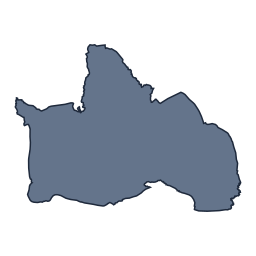 Bang Krathum, Phitsanulok, Thailand (orthographic projection)
{"feature_id": "78962969B64278922015209", "entity_name": "Bang Krathum", "entity_type": "district", "adm_level": 2, "iso_a3": "THA", "parent_name": "Thailand", "parent_adm1": "Phitsanulok", "projection": "orthographic", "projection_center": [100.362, 16.614], "detail": "fine", "context": "isolated", "style": "filled", "palette": "slate", "viewbox_px": 256, "rotation_deg": 0, "n_neighbors": 0, "source": "geoboundaries", "source_scale": "gbopen_adm2", "svg_char_len": 5775}
<svg xmlns="http://www.w3.org/2000/svg" viewBox="0 0 256 256"><path d="M240.6,182.3L239.3,179.2L238.1,174.6L237.1,173.8L237.2,172.4L237.6,170.9L236.9,170.6L237.6,163.2L236.4,159.5L235.7,152.8L233.8,147.0L232.5,141.9L231.7,140.7L231.2,138.9L229.9,136.5L229.2,135.8L228.5,134.2L227.6,133.0L222.4,129.7L218.0,127.5L216.9,125.7L215.5,124.5L212.2,123.6L209.0,124.3L207.4,124.4L206.4,124.0L205.5,123.2L205.5,122.8L203.6,123.4L203.2,121.6L201.4,116.4L199.1,111.3L197.5,108.6L194.6,104.2L193.0,102.6L189.4,99.5L185.1,94.6L183.2,93.3L180.9,92.3L167.9,98.6L160.3,103.4L158.8,102.5L157.9,101.2L155.9,99.2L155.2,99.4L154.9,100.0L154.1,100.7L153.3,101.1L152.5,102.1L151.3,102.3L151.0,100.9L150.5,100.1L150.5,97.4L150.9,95.9L150.2,94.5L151.8,93.2L152.6,90.2L153.6,88.4L152.6,88.3L151.8,88.5L151.6,88.4L151.1,88.5L151.1,88.0L151.3,87.7L151.4,87.3L150.8,86.2L150.2,85.7L149.8,85.4L149.3,85.3L148.5,85.0L147.2,84.9L146.7,84.5L146.1,84.6L145.5,85.3L144.5,85.0L143.5,85.4L143.5,86.1L143.1,86.6L141.6,87.2L141.4,86.1L141.0,85.7L141.3,85.1L141.3,84.4L140.7,84.2L140.3,84.5L139.3,84.2L139.1,83.6L139.2,82.6L139.0,81.9L138.4,81.3L137.7,81.3L137.6,80.7L136.7,80.1L136.2,79.1L136.3,78.5L135.7,78.4L135.5,77.9L134.0,77.7L132.8,76.8L132.4,76.3L132.2,74.9L131.3,74.3L131.7,73.4L131.0,72.4L131.3,71.1L131.1,70.7L130.4,69.6L129.9,69.6L129.4,69.8L128.9,69.5L128.2,69.5L128.0,69.0L128.2,68.5L127.7,67.2L126.8,67.1L126.5,66.4L125.7,65.6L124.7,64.1L122.9,62.6L122.4,61.2L122.8,60.2L122.8,59.5L117.4,52.9L116.3,51.7L111.7,48.9L111.2,48.8L110.6,49.1L110.0,49.1L106.8,47.9L106.5,48.0L105.9,48.4L105.6,48.4L105.1,46.5L105.1,45.0L101.3,45.4L96.6,46.1L94.8,44.8L92.3,45.2L90.0,44.8L88.3,46.8L88.0,47.5L87.7,48.7L87.7,49.6L88.6,51.9L88.7,52.4L85.9,54.1L87.3,56.4L87.3,57.7L86.5,58.5L86.8,61.8L87.3,62.9L87.4,63.9L87.2,66.7L87.5,67.6L88.6,69.3L88.6,69.9L89.4,72.4L89.4,73.7L89.1,74.5L88.2,74.7L88.2,75.6L87.9,76.2L87.5,76.3L87.0,76.9L85.9,77.8L85.4,80.7L85.0,81.2L84.8,82.3L84.7,83.4L85.0,83.7L85.0,84.4L84.3,85.6L83.8,86.0L84.1,86.3L84.1,86.8L83.5,87.4L83.7,88.3L84.0,88.6L84.0,89.2L84.5,89.4L84.5,89.6L84.4,90.3L83.7,90.9L83.6,91.6L84.0,91.9L84.1,92.3L83.9,93.9L83.3,94.9L83.7,95.8L82.2,96.8L82.2,98.3L81.3,101.2L81.6,102.2L82.8,102.4L83.3,102.7L83.2,104.3L83.9,105.1L83.8,105.4L82.7,106.3L82.7,107.1L83.4,107.6L84.6,107.4L85.0,108.0L84.9,108.7L84.5,109.6L83.3,111.2L82.0,111.3L80.9,112.6L80.6,112.7L80.4,112.6L80.2,112.1L80.4,110.5L79.6,108.6L79.5,107.1L79.3,106.8L78.1,107.6L77.6,108.6L78.0,109.4L78.9,110.5L79.4,110.8L79.4,111.4L79.1,111.7L78.0,111.7L75.8,110.5L74.4,110.3L73.6,109.1L73.4,108.4L72.9,107.4L72.7,106.7L72.7,105.9L73.5,103.6L73.0,103.0L72.2,102.9L70.7,102.9L65.1,104.3L51.1,106.2L48.9,106.9L46.7,108.8L41.8,110.9L41.2,110.9L39.6,110.0L38.9,109.2L37.9,109.4L37.4,109.1L37.1,109.2L36.3,108.9L35.8,107.8L33.0,105.7L28.4,105.2L28.2,105.0L25.3,103.4L24.6,102.6L23.8,102.7L23.3,101.4L21.8,100.6L21.8,99.8L17.9,99.9L17.5,98.2L16.5,97.9L16.5,98.8L16.2,99.9L16.3,100.7L15.8,100.9L16.4,103.5L15.8,103.7L16.1,105.6L15.4,106.3L15.4,107.2L16.7,109.2L17.3,110.6L17.5,112.1L16.9,112.6L17.3,114.0L18.5,114.4L23.3,117.3L24.0,117.4L24.3,120.4L24.8,121.9L23.9,123.9L24.2,125.3L24.6,125.6L26.6,124.6L28.2,124.4L29.0,125.5L30.2,129.2L30.1,129.6L30.0,136.7L30.4,142.4L30.3,145.5L30.1,149.2L28.7,158.6L28.6,160.4L28.7,168.1L29.6,176.6L30.3,178.9L30.5,179.1L31.2,179.2L31.5,180.0L31.4,182.0L31.6,182.7L32.0,182.8L30.4,184.3L29.9,185.0L30.0,185.2L29.5,186.0L29.1,189.6L28.6,191.4L27.6,194.4L28.2,196.2L30.1,200.0L31.0,201.0L31.9,201.6L33.8,202.2L37.3,202.5L38.9,202.3L40.0,201.9L42.6,202.1L43.3,201.4L44.6,201.3L46.0,200.7L47.4,201.2L48.7,201.1L49.4,200.8L50.2,200.1L51.5,197.7L53.2,195.7L54.9,194.8L56.9,194.7L58.0,194.8L61.0,195.6L65.9,198.2L68.0,198.8L70.8,199.5L76.8,200.3L79.3,201.5L81.1,202.1L81.4,201.9L84.4,202.9L93.2,204.3L97.9,205.3L103.1,206.0L104.3,205.8L107.0,204.4L107.5,203.6L108.0,203.6L109.7,202.5L110.2,202.6L112.8,204.0L113.7,204.8L115.1,203.9L115.1,203.2L115.7,202.8L116.8,202.8L117.9,201.7L119.1,201.0L120.7,201.1L122.1,200.9L122.5,200.4L122.4,199.6L124.7,198.7L125.6,198.4L129.4,198.1L133.5,196.7L136.6,195.9L141.3,192.9L143.3,190.9L145.7,189.2L150.3,187.3L149.5,186.9L148.3,186.9L147.1,186.1L146.1,186.5L145.7,186.4L145.4,185.8L144.3,185.0L144.3,184.3L144.6,183.7L145.9,182.9L146.7,182.0L148.5,181.6L149.6,182.1L150.9,182.4L151.9,181.9L152.8,182.2L155.0,182.1L157.2,181.3L158.0,180.5L159.8,180.5L160.3,180.1L160.7,180.2L162.7,182.0L163.0,182.0L163.3,181.7L163.7,182.0L163.7,182.3L164.2,183.1L164.8,183.1L165.0,183.5L165.4,183.5L166.1,183.9L166.0,184.7L166.9,184.8L167.7,185.3L169.7,185.6L175.4,188.4L177.2,190.1L177.2,190.7L179.1,190.9L178.9,191.5L179.2,191.7L180.4,192.0L181.9,192.7L184.8,193.4L189.2,194.9L191.0,196.0L192.0,197.0L193.6,199.4L194.9,202.7L194.3,206.1L195.0,206.5L194.4,209.4L194.8,209.7L198.8,210.9L207.3,211.2L219.4,210.6L225.5,209.7L227.9,209.8L228.7,209.2L230.3,209.0L230.9,208.6L231.3,208.0L231.2,207.5L231.4,207.1L231.2,206.7L231.0,205.7L231.3,205.2L231.6,205.0L232.4,205.2L233.1,205.0L233.5,204.4L233.1,204.2L233.5,203.3L232.8,203.0L232.9,202.4L232.7,201.7L232.2,201.1L232.1,200.4L231.3,200.4L230.9,200.1L230.9,199.8L231.4,199.5L231.5,199.2L231.2,198.9L230.9,199.1L230.8,198.7L231.8,198.2L233.0,198.6L233.3,198.0L234.1,197.9L234.4,197.2L234.8,197.0L234.7,196.3L234.9,196.1L235.1,196.1L235.2,196.6L235.5,196.7L237.2,195.7L238.5,195.8L239.6,194.5L239.4,194.1L238.7,193.9L238.7,193.4L238.9,192.9L239.3,192.5L240.4,192.3L240.0,190.8L239.5,190.5L238.9,190.6L239.0,189.9L238.8,189.5L237.8,189.4L237.4,188.7L237.8,188.0L238.7,187.4L238.5,186.7L238.3,186.4L237.8,186.3L237.8,186.1L238.5,186.1L238.6,185.5L239.4,185.4L239.5,184.5L240.2,183.9L240.1,183.7L239.7,183.6L239.0,183.9L239.0,183.5L239.4,183.1L240.6,182.8L240.6,182.3Z" fill="#64748b" stroke="#1e293b" stroke-width="1.5"/></svg>